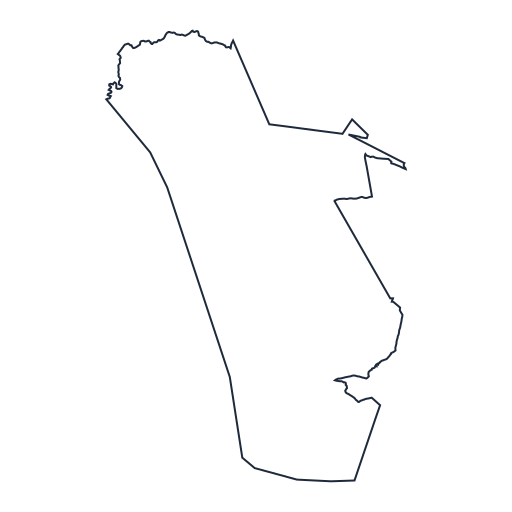 Santo Domingo Petapa, Oaxaca, Mexico
{"feature_id": "50627088B45073633199756", "entity_name": "Santo Domingo Petapa", "entity_type": "district", "adm_level": 2, "iso_a3": "MEX", "parent_name": "Mexico", "parent_adm1": "Oaxaca", "projection": "mercator", "projection_center": [-95.218, 16.851], "detail": "fine", "context": "isolated", "style": "outline", "palette": "slate", "viewbox_px": 512, "rotation_deg": 0, "n_neighbors": 0, "source": "geoboundaries", "source_scale": "gbopen_adm2", "svg_char_len": 5871}
<svg xmlns="http://www.w3.org/2000/svg" viewBox="0 0 512 512"><path d="M233.1,40.6L232.7,41.5L232.0,42.7L231.3,44.3L231.0,45.5L230.9,46.8L230.6,48.3L230.2,48.0L229.5,47.2L228.8,47.0L228.2,47.1L227.5,47.3L226.7,47.3L226.1,47.3L225.6,46.8L225.3,46.2L225.2,45.6L224.3,45.3L223.7,44.8L223.2,44.6L222.8,44.3L222.2,44.1L221.4,44.0L221.1,43.7L220.5,43.6L219.7,43.5L217.5,42.7L216.7,42.4L216.1,42.4L214.2,42.5L212.5,43.2L211.8,43.3L211.2,43.3L209.8,42.7L208.5,41.8L207.4,41.8L206.6,41.5L206.0,41.1L205.6,40.6L205.1,39.8L204.9,39.5L204.8,39.1L204.5,38.3L204.4,37.8L202.9,37.2L202.1,36.8L201.1,36.6L200.0,36.2L199.1,35.6L198.9,35.4L198.8,34.0L198.3,32.6L198.1,31.6L197.5,31.2L196.7,31.1L196.1,31.3L195.5,31.6L194.9,31.8L194.6,32.0L193.2,31.7L192.7,30.7L191.8,31.0L191.0,31.9L189.3,33.5L188.2,34.1L187.4,34.6L185.4,35.7L184.5,35.6L183.6,35.2L182.6,34.8L181.6,34.6L180.5,35.0L178.7,34.7L176.6,34.4L175.9,34.0L175.4,33.5L174.9,33.0L174.2,32.6L173.4,32.6L172.8,32.8L172.2,32.8L171.1,32.5L170.3,32.4L169.7,32.0L168.5,32.0L168.3,32.3L167.4,32.6L166.8,33.1L166.6,33.4L166.1,34.1L165.3,35.4L165.0,36.2L164.4,37.3L164.0,38.1L163.1,38.9L161.8,39.6L161.2,40.0L159.9,40.6L159.4,40.0L159.0,39.9L157.9,40.6L157.5,41.5L157.2,41.8L156.0,42.3L154.6,42.2L154.0,42.3L152.9,43.2L152.3,44.0L151.8,44.0L150.7,43.1L150.6,42.2L149.8,41.7L149.1,41.1L148.8,40.7L147.9,40.8L147.2,41.1L146.6,41.4L145.7,41.4L145.0,41.5L144.2,41.0L143.6,40.8L141.9,41.0L141.1,41.3L140.5,41.7L140.2,42.5L140.1,43.3L140.0,44.1L139.9,44.6L136.4,47.0L135.3,47.6L134.5,47.8L133.9,48.1L133.0,47.9L132.5,47.2L131.9,46.3L131.5,45.3L130.9,45.2L130.3,45.3L129.8,44.8L129.4,44.5L128.8,43.9L128.1,43.6L124.8,44.7L123.3,46.5L123.0,47.2L122.2,48.0L121.8,48.7L120.4,50.6L119.9,51.3L119.5,51.8L119.0,52.4L118.7,52.9L118.4,53.4L117.8,54.0L118.9,54.9L119.7,55.4L120.4,56.4L120.7,57.9L119.5,59.2L119.8,60.3L120.0,62.1L120.1,63.1L119.9,63.4L119.4,64.0L118.9,64.5L118.3,65.6L118.5,66.6L118.5,68.0L118.6,68.5L118.7,69.8L118.6,70.9L118.4,71.4L118.3,72.0L118.4,72.8L118.6,73.3L118.8,74.8L118.6,75.1L118.5,75.7L118.6,76.3L118.7,76.6L118.9,76.9L119.3,77.4L119.9,77.8L120.0,78.3L120.2,79.2L120.1,79.8L119.3,81.1L119.1,81.6L119.0,81.9L118.9,82.5L118.9,83.4L119.0,84.1L119.3,84.5L119.8,84.8L120.7,85.0L121.4,85.4L122.3,86.1L122.0,87.1L121.3,88.1L120.7,88.5L119.9,88.7L119.2,88.9L118.4,88.8L117.6,88.9L117.0,88.6L116.3,88.1L116.3,87.4L116.3,85.6L116.4,84.4L116.1,83.5L114.7,82.3L113.5,83.3L112.9,84.4L111.9,84.0L110.4,83.8L109.3,84.3L109.2,85.6L110.0,86.0L110.9,86.7L111.1,87.3L110.8,87.8L110.2,88.4L109.5,88.9L108.7,89.9L109.6,90.3L110.4,90.8L111.2,91.1L111.5,91.9L110.9,92.8L109.6,93.3L108.1,93.9L107.6,94.9L108.3,95.3L109.1,95.7L110.4,95.9L110.8,96.1L110.4,96.7L110.2,97.2L109.9,97.9L109.5,98.3L108.9,98.5L107.9,98.6L106.3,99.3L150.2,152.4L167.2,187.4L229.8,377.0L242.3,457.7L254.7,468.1L296.9,479.6L330.9,481.3L354.5,480.5L376.0,417.0L380.1,405.2L371.7,397.7L370.4,398.0L369.5,398.2L368.7,398.4L367.6,398.6L366.9,398.7L366.1,398.8L365.0,399.2L364.2,399.6L363.6,399.6L362.8,400.0L362.3,400.2L361.8,400.4L360.9,400.6L360.5,400.8L359.4,401.7L358.9,402.0L358.3,401.9L357.8,401.6L357.5,401.1L356.6,400.3L355.8,399.8L354.9,398.5L354.3,397.9L352.1,396.3L350.1,395.1L349.4,394.7L348.9,394.2L348.2,393.9L347.2,393.5L345.8,392.5L345.2,390.8L345.9,389.7L346.1,389.1L347.0,388.2L346.9,387.3L346.6,385.7L346.1,385.3L345.8,385.0L345.9,384.7L345.7,384.3L345.9,383.9L345.8,383.7L345.6,382.7L345.1,382.5L344.2,382.2L343.7,382.4L342.7,381.7L341.6,381.3L339.7,381.2L338.4,381.1L337.4,380.8L336.3,380.7L335.0,380.3L335.4,380.0L335.9,379.6L337.1,379.1L338.2,378.6L339.7,378.6L341.9,378.2L343.0,377.9L345.2,377.3L346.8,377.0L348.8,376.6L350.6,376.3L351.6,375.9L353.2,375.5L354.3,375.5L356.2,375.9L357.5,376.4L358.8,376.4L361.4,377.2L362.5,377.6L363.6,377.7L364.4,378.0L366.3,378.5L367.3,377.9L368.8,376.4L368.6,375.4L368.4,374.8L368.3,374.5L368.4,374.1L368.4,373.4L368.5,372.8L368.7,371.9L369.5,371.1L370.1,370.6L371.0,370.0L371.8,369.6L371.9,368.7L372.2,368.5L373.3,368.2L374.0,368.0L374.7,367.5L375.0,366.9L375.1,366.3L376.3,366.3L375.8,365.6L376.0,364.8L376.4,364.4L377.3,363.9L377.7,364.4L377.9,364.8L378.1,364.8L378.2,364.0L378.6,363.6L378.6,363.3L379.1,363.2L379.2,362.9L379.9,362.5L379.9,362.1L380.7,361.6L381.8,360.7L382.5,360.6L383.0,360.4L383.8,360.0L384.9,359.7L385.5,359.5L386.6,359.0L387.2,358.5L387.9,357.7L388.3,357.2L389.5,355.9L390.1,355.0L391.0,354.0L390.9,353.4L392.1,352.6L393.1,352.2L393.5,352.0L395.5,350.5L395.4,349.6L395.4,348.4L395.4,347.6L395.6,346.7L396.4,343.7L396.5,341.9L397.0,339.5L397.5,338.4L397.8,336.2L398.5,334.8L398.9,333.1L399.1,331.3L399.3,329.9L399.8,328.6L400.2,327.3L400.7,324.3L401.4,321.5L401.7,319.0L402.3,316.5L402.4,315.2L402.4,314.9L402.4,314.7L401.2,312.8L399.8,310.3L400.1,307.6L395.3,303.5L394.1,302.5L393.5,302.1L392.9,301.7L391.8,301.7L392.4,299.7L392.6,299.4L392.9,298.7L393.0,298.3L390.7,298.3L390.2,298.3L334.5,201.1L334.6,200.7L335.1,200.8L335.6,200.4L336.1,200.0L337.0,199.6L339.3,199.0L340.5,198.9L343.5,198.7L344.4,198.7L346.5,199.0L347.3,198.9L349.1,198.5L349.7,198.4L350.5,198.3L351.8,198.4L352.9,198.6L354.2,198.7L356.1,198.6L356.8,198.5L357.7,198.2L358.6,197.9L359.3,197.7L359.9,197.4L360.7,197.2L361.2,197.0L362.0,196.9L362.7,197.1L363.9,197.6L364.9,197.9L365.8,198.0L366.7,197.9L367.4,197.8L368.2,197.5L369.2,197.1L370.0,196.9L371.6,196.7L372.0,196.6L366.7,166.6L365.5,160.8L364.9,157.6L364.9,156.2L365.2,154.4L365.4,154.0L366.7,155.6L368.8,156.3L370.5,157.1L371.8,156.7L373.5,156.7L374.9,157.5L377.2,158.2L383.3,158.7L388.4,159.0L391.4,161.7L391.1,163.0L391.4,163.4L393.6,163.9L399.6,166.3L402.8,167.9L405.7,169.1L405.5,168.3L405.0,167.7L404.3,166.9L403.8,165.8L403.8,164.2L403.9,163.8L404.1,163.5L404.4,163.1L348.5,134.5L359.8,136.8L360.4,137.1L360.4,137.4L366.8,138.2L367.8,134.8L352.1,119.4L342.5,133.8L314.6,130.2L284.3,126.2L269.3,124.3L233.1,40.6Z" fill="none" stroke="#1e293b" stroke-width="2"/></svg>